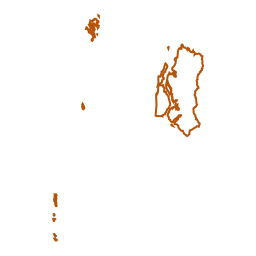 outline of Khura Buri, Phangnga, Thailand
{"feature_id": "78962969B83869415857059", "entity_name": "Khura Buri", "entity_type": "district", "adm_level": 2, "iso_a3": "THA", "parent_name": "Thailand", "parent_adm1": "Phangnga", "projection": "equal_earth", "projection_center": [98.156, 8.977], "detail": "fine", "context": "isolated", "style": "outline", "palette": "amber", "viewbox_px": 256, "rotation_deg": 0, "n_neighbors": 0, "source": "geoboundaries", "source_scale": "gbopen_adm2", "svg_char_len": 5661}
<svg xmlns="http://www.w3.org/2000/svg" viewBox="0 0 256 256"><path d="M198.9,53.5L197.9,53.9L195.5,53.8L194.6,54.6L194.8,52.9L194.2,52.0L193.9,52.1L193.5,51.7L193.1,50.6L192.2,52.3L190.5,51.9L189.7,50.5L189.1,50.2L189.1,48.7L187.9,48.0L187.3,49.4L187.2,49.0L184.9,47.6L184.0,47.5L183.4,46.9L183.3,46.1L182.8,45.7L182.4,44.6L181.6,44.7L181.4,45.7L181.5,48.8L180.4,48.8L180.0,48.1L179.2,48.4L178.7,49.0L178.0,51.0L177.4,57.5L176.7,58.1L176.3,57.6L175.3,58.2L174.6,59.3L174.7,60.0L175.2,60.6L175.9,60.5L175.5,63.3L174.5,65.5L172.2,68.2L172.1,69.2L172.5,70.0L175.7,71.7L175.9,72.5L175.6,72.6L175.5,75.1L176.0,76.3L175.3,76.8L174.3,76.3L172.8,73.6L172.0,73.6L171.7,74.3L170.1,74.4L170.0,73.3L169.4,72.7L168.9,74.2L167.9,75.4L167.3,78.0L167.2,79.4L167.8,82.3L169.1,85.2L171.3,88.4L171.1,88.7L171.4,91.0L171.1,92.2L171.5,93.8L172.3,94.2L171.7,96.5L171.9,96.8L172.2,96.4L172.5,97.0L172.3,97.9L173.3,100.9L173.2,101.5L174.3,101.6L175.9,100.1L176.9,100.3L176.7,100.8L175.2,101.8L176.1,105.0L177.5,104.5L177.2,106.9L177.9,107.3L178.9,108.8L178.6,109.1L178.7,109.7L177.9,110.0L177.0,109.1L176.2,109.3L176.2,108.7L175.6,107.1L173.9,107.2L173.6,107.5L173.7,107.1L173.4,107.0L173.1,107.4L172.1,107.5L169.3,110.5L169.0,111.2L169.3,111.8L167.9,113.7L167.7,115.8L168.7,117.0L169.1,119.2L170.2,119.8L170.3,120.7L170.9,121.4L172.5,122.3L173.0,122.0L174.0,119.9L175.2,118.9L176.2,118.6L176.5,117.9L177.6,117.1L179.1,115.3L180.9,115.1L181.1,115.4L180.2,116.5L179.1,116.5L178.5,117.0L178.0,118.0L178.5,117.7L178.0,118.6L178.1,119.1L174.8,122.2L174.5,122.9L174.6,124.1L175.5,124.0L177.4,124.7L178.2,125.9L178.6,127.9L179.4,128.8L181.3,130.8L182.9,130.9L184.1,133.8L185.8,134.9L186.8,136.0L187.7,135.8L189.5,133.9L189.4,132.5L189.8,130.5L192.2,129.5L194.3,127.9L195.4,127.6L196.9,126.2L198.8,126.7L199.7,123.8L199.6,123.2L198.7,122.8L196.8,119.2L196.0,119.2L196.2,118.2L195.4,116.6L195.4,115.3L194.5,114.5L193.7,112.8L193.4,108.5L194.8,107.1L195.5,107.1L197.0,104.6L196.5,103.5L196.1,98.4L195.4,97.5L195.5,96.7L194.6,95.0L195.4,93.3L195.1,91.4L197.0,89.3L197.2,88.6L198.4,88.2L198.4,87.1L197.4,85.8L197.0,84.5L197.2,83.0L196.7,80.8L197.0,79.7L197.6,79.2L197.4,77.8L197.9,74.9L198.3,74.3L198.9,74.2L199.9,72.7L199.8,72.1L200.8,71.7L200.8,70.8L201.2,70.3L202.0,70.0L202.2,69.3L201.9,68.7L202.5,68.1L202.4,67.2L203.1,65.7L202.3,63.4L202.5,62.2L202.3,60.0L201.9,59.4L202.5,56.2L200.9,55.6L200.5,54.5L198.9,53.5ZM162.8,85.2L158.2,85.5L158.1,91.3L157.6,93.1L157.2,93.3L157.1,94.3L156.6,94.8L156.3,94.1L156.1,94.5L156.5,105.2L155.6,115.4L156.2,116.0L160.2,116.2L161.6,115.8L162.4,116.3L162.4,115.3L165.1,114.3L165.3,112.9L166.2,112.1L167.4,109.0L169.1,107.9L169.4,106.3L170.3,104.8L169.5,100.9L168.7,98.5L168.6,96.8L166.9,94.3L166.2,93.7L165.8,91.6L165.3,91.5L165.0,92.0L164.1,91.6L164.3,88.3L163.8,87.1L163.3,86.9L162.9,86.1L163.1,85.6L162.8,85.2ZM167.4,66.3L167.0,65.2L165.9,64.3L165.9,63.7L165.5,63.4L164.4,66.3L164.1,68.4L162.5,71.3L161.5,71.6L161.5,73.1L160.6,75.9L160.1,76.7L159.1,76.6L158.8,76.2L158.5,76.5L158.3,78.5L158.5,82.8L157.9,85.1L158.7,84.3L159.5,84.3L161.1,82.8L161.8,82.6L162.2,80.1L163.8,78.9L163.6,77.7L162.7,77.4L162.7,76.1L163.9,72.7L165.1,71.9L165.7,69.8L166.8,68.1L167.4,66.3ZM96.6,19.4L95.3,18.7L94.3,19.0L94.2,20.0L93.0,20.1L92.8,20.9L92.7,20.6L91.5,20.9L90.4,20.5L90.4,21.3L89.8,22.7L90.8,22.9L91.4,25.1L91.0,25.3L90.1,24.4L89.0,24.7L89.7,26.1L90.7,26.0L91.2,26.4L91.7,25.9L92.2,26.1L92.6,28.0L93.4,28.4L94.5,29.9L94.8,29.3L94.1,28.2L94.2,27.4L93.1,25.1L93.1,23.6L94.4,23.5L94.6,24.3L95.9,25.5L96.1,26.1L97.6,26.9L97.9,28.2L98.6,27.2L98.2,26.0L98.6,25.6L96.9,24.6L96.7,24.1L96.8,23.1L97.4,23.2L98.5,22.3L98.4,21.2L98.2,21.1L98.0,21.7L97.6,21.6L96.7,20.7L96.6,19.4ZM171.0,90.7L170.8,89.3L166.6,82.3L166.1,84.8L166.4,88.2L169.9,94.5L170.7,93.6L171.0,90.7ZM92.0,27.7L90.5,27.8L90.6,28.4L90.0,29.2L90.4,29.6L89.9,30.4L88.3,29.3L87.9,29.5L88.0,30.0L88.5,30.6L88.8,32.3L89.9,32.9L90.5,32.6L91.2,32.9L91.1,33.8L92.8,35.2L93.3,37.7L95.0,37.3L94.4,33.8L93.4,33.5L93.6,32.2L91.7,31.9L91.7,31.3L92.9,30.4L92.5,28.3L92.0,27.7ZM56.2,197.3L55.4,197.2L55.8,197.7L55.6,198.2L54.4,198.2L54.0,199.1L54.4,199.9L54.2,201.0L55.3,202.6L55.2,204.0L55.5,205.5L55.9,206.1L56.5,206.1L56.7,205.8L56.0,203.9L56.5,202.8L56.0,202.4L55.8,201.8L56.4,198.5L56.2,197.3ZM83.5,109.3L84.3,108.0L84.3,107.6L83.4,105.1L82.6,103.8L82.2,104.8L82.5,106.4L82.1,106.9L82.9,109.1L83.5,109.3ZM55.0,238.3L54.3,238.4L55.5,240.4L56.0,240.6L56.8,240.0L56.0,239.2L55.4,239.1L55.0,238.3ZM173.5,72.3L173.2,72.5L173.3,73.5L174.7,75.4L174.4,73.4L173.5,72.3ZM53.2,218.6L52.9,217.9L54.0,221.8L54.0,221.5L54.2,220.1L54.6,219.8L54.5,219.2L53.2,218.6ZM92.4,38.6L91.6,39.6L91.7,40.6L92.3,40.8L92.6,40.3L92.9,40.2L92.8,39.0L92.4,38.6ZM55.4,236.3L55.9,236.1L55.8,235.7L53.6,233.3L54.8,235.9L55.4,236.3ZM55.9,194.3L55.2,194.8L54.6,194.5L54.6,195.0L55.2,195.5L55.7,195.4L56.3,196.2L56.7,195.4L55.9,194.3ZM54.6,215.0L54.1,214.0L53.8,213.3L53.7,215.3L54.2,215.6L54.6,215.0ZM87.1,27.6L86.5,27.3L86.0,28.9L86.8,28.8L87.1,27.6ZM172.7,125.9L172.0,125.0L171.0,123.9L171.7,125.5L172.7,125.9ZM168.4,48.6L168.8,47.3L168.5,47.0L168.0,47.6L168.4,48.6ZM173.0,101.2L173.0,100.3L172.7,99.6L172.4,100.2L173.0,101.2ZM98.9,15.8L98.3,15.4L98.3,15.9L98.9,16.6L98.9,15.8ZM175.3,104.9L176.0,105.1L175.6,104.1L175.3,104.9ZM172.5,99.8L172.1,98.9L172.0,99.8L172.2,99.2L172.3,99.9L172.5,99.8ZM97.3,34.0L96.7,33.5L97.2,34.3L97.3,34.0ZM175.3,75.9L175.3,75.5L174.8,74.6L174.9,75.5L175.3,75.9ZM177.4,118.6L177.6,118.3L177.6,117.9L177.1,118.2L177.4,118.6ZM55.3,218.9L54.8,218.6L55.7,219.7L55.3,218.9ZM163.2,85.9L163.3,85.3L162.9,85.1L163.1,85.3L163.2,85.9ZM180.0,115.8L180.1,115.7L179.5,115.7L180.0,115.8Z" fill="none" stroke="#b45309" stroke-width="2"/></svg>